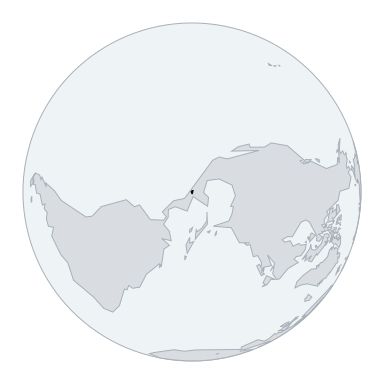 the Earth from above Baja Verapaz, rotated 107°
{"feature_id": "GTM-1942", "entity_name": "Baja Verapaz", "entity_type": "Department", "adm_level": 1, "iso_a3": "GTM", "parent_name": "Guatemala", "parent_adm1": "", "projection": "orthographic", "projection_center": [-90.369, 15.089], "detail": "fine", "context": "on_globe", "style": "filled", "palette": "ink", "viewbox_px": 384, "rotation_deg": 107, "n_neighbors": 0, "source": "natural_earth", "source_scale": "10m", "svg_char_len": 8467}
<svg xmlns="http://www.w3.org/2000/svg" viewBox="0 0 384 384"><g transform="rotate(107 192 192)"><circle cx="192" cy="192" r="169" fill="#eef3f6" stroke="#a8b0b8"/><path d="M227.3,210.9L223.3,209.3L219.6,214.5L205.7,207.0L200.3,197.2L155.6,181.5L150.6,176.3L150.0,167.9L132.7,140.1L141.3,166.0L135.0,160.8L129.5,151.5L132.1,149.3L127.9,135.9L121.9,130.6L119.9,114.3L128.5,94.6L130.7,97.8L132.5,93.2L129.9,89.2L127.7,87.7L130.3,70.3L123.3,61.2L116.0,62.8L121.5,59.4L104.3,66.0L97.3,66.2L108.4,63.4L111.9,61.3L108.6,59.9L111.6,57.5L111.7,55.6L115.4,53.1L121.6,52.2L124.2,50.7L121.7,49.9L124.0,47.2L127.2,48.5L131.4,44.2L142.6,43.1L148.1,50.8L157.4,49.9L171.4,57.5L173.2,55.3L179.6,57.5L184.2,56.1L185.5,58.4L187.9,55.3L185.9,53.5L186.3,51.7L188.8,50.8L190.9,53.4L189.9,54.2L191.8,54.6L191.8,56.4L193.2,55.0L195.4,58.6L196.9,53.9L201.8,55.8L202.3,58.6L197.4,59.8L186.5,70.8L185.4,74.9L188.9,78.9L205.6,83.0L206.5,87.3L211.2,91.9L212.9,88.6L209.9,83.9L214.3,79.5L210.0,74.7L211.1,72.5L208.7,67.5L214.2,66.9L221.0,69.1L223.3,73.4L226.4,74.7L228.4,69.8L236.8,77.6L249.4,82.9L251.0,85.4L246.6,90.9L235.9,92.3L230.1,101.4L239.2,94.4L243.0,101.5L245.9,102.5L248.7,101.7L249.3,98.7L251.8,101.2L243.8,108.5L241.4,106.4L244.0,103.9L239.0,104.9L233.6,110.8L236.0,114.4L225.4,121.0L227.0,123.9L225.5,127.3L223.7,122.1L226.7,131.8L214.6,144.0L218.5,161.7L209.0,148.4L202.1,147.3L194.0,148.1L194.5,150.9L183.1,149.3L173.7,155.7L171.6,170.0L176.6,180.8L189.1,180.8L192.3,174.6L201.1,172.9L196.1,189.6L211.7,191.1L210.9,203.5L215.7,209.5L223.2,207.4L231.1,209.8L236.2,202.2L244.7,197.6L245.4,207.4L249.6,197.9L254.7,202.2L271.2,199.7L270.1,202.1L284.1,211.6L298.2,214.1L301.4,220.5L299.9,225.2L304.5,225.5L304.6,228.3L322.0,228.2L330.0,232.6L329.1,242.3L321.2,255.4L311.0,279.5L296.0,290.0L290.2,299.2L275.1,313.3L266.2,314.0L266.7,319.3L260.2,323.4L253.9,324.5L251.1,328.5L246.3,329.2L248.3,331.2L238.4,336.8L238.6,340.2L230.7,344.2L231.0,346.0L228.9,346.2L226.1,347.1L225.1,348.2L219.5,347.0L220.4,342.6L224.3,340.0L221.5,339.8L229.8,332.9L226.0,334.5L230.9,324.1L238.3,314.6L246.9,286.0L244.3,280.4L232.5,274.5L218.6,252.6L223.0,242.7L219.7,238.4L230.6,223.8L227.3,210.9ZM46.8,156.5L47.8,152.6L48.3,155.4L46.8,156.5ZM47.6,150.0L47.4,151.4L47.4,150.2L47.6,150.0ZM47.1,149.1L47.5,149.8L46.9,149.3L47.1,149.1ZM46.3,148.2L46.8,148.5L46.7,148.6L46.3,148.2ZM218.3,167.9L236.2,175.1L226.7,177.0L228.4,175.2L223.7,172.0L215.3,169.4L206.7,171.8L218.3,167.9ZM45.5,145.8L45.4,145.0L46.0,144.9L45.5,145.8ZM224.8,157.4L221.8,157.0L224.7,156.7L224.8,157.4ZM126.2,87.6L129.5,89.4L130.8,94.2L127.7,92.8L126.2,87.6ZM124.2,79.3L126.5,79.2L124.3,83.5L123.6,82.2L124.2,79.3ZM110.1,64.7L112.2,65.4L109.2,65.6L110.1,64.7ZM111.0,55.8L109.5,56.5L110.2,55.3L111.0,55.8ZM205.8,68.3L207.2,67.9L206.9,69.0L205.8,68.3ZM203.4,66.6L202.0,68.1L200.7,67.6L201.5,66.6L203.4,66.6ZM116.6,50.4L118.2,48.6L117.6,50.3L116.6,50.4ZM205.3,64.9L198.5,66.4L196.1,65.5L197.4,61.3L205.3,64.9ZM119.8,47.4L123.6,43.4L120.5,44.3L131.4,39.8L124.6,44.4L124.4,46.2L122.4,46.1L119.8,47.4ZM184.2,53.4L186.5,55.2L182.3,54.6L184.2,53.4ZM181.4,53.4L167.9,55.0L165.7,52.2L170.7,52.0L166.1,49.4L171.6,47.2L175.4,48.2L175.7,50.3L177.6,47.9L181.4,53.4ZM136.7,38.3L138.6,37.4L137.8,38.2L136.7,38.3ZM186.1,50.9L183.6,51.3L181.5,48.8L186.2,47.6L185.4,48.8L186.1,50.9ZM162.1,50.0L161.4,48.1L165.7,45.7L166.1,44.8L171.6,46.9L162.1,50.0ZM187.1,48.9L188.7,47.1L191.9,47.5L188.5,50.4L187.1,48.9ZM179.0,48.8L178.3,47.6L180.2,47.8L179.0,48.8ZM204.2,48.7L201.2,48.9L199.9,47.6L204.2,48.7ZM189.0,46.4L187.9,46.3L187.1,45.8L188.7,44.8L189.0,46.4ZM174.2,45.3L176.2,44.8L172.2,44.2L175.3,42.7L178.4,44.5L178.4,43.1L179.3,42.7L180.8,44.7L174.2,45.3ZM187.8,42.7L192.9,44.9L198.7,44.6L200.0,45.7L190.4,46.0L187.8,42.7ZM183.6,43.6L186.5,43.2L186.7,44.6L184.8,45.8L183.6,43.6ZM176.2,41.1L170.7,43.0L170.2,42.5L176.2,41.1ZM189.5,42.2L188.2,41.7L189.9,42.1L189.5,42.2ZM180.3,41.1L178.4,41.7L177.9,41.2L180.3,41.1ZM187.3,40.3L188.9,41.0L187.7,41.7L187.3,40.3ZM184.1,40.4L183.8,39.6L186.3,41.6L183.3,40.8L184.1,40.4ZM180.1,40.5L179.2,40.4L181.0,40.3L180.1,40.5ZM191.1,37.4L194.5,39.8L191.7,41.3L188.8,38.7L191.1,37.4ZM228.1,349.6L219.6,347.6L224.7,348.5L230.0,346.5L233.8,348.1L228.1,349.6ZM242.9,344.0L247.9,342.4L248.6,342.8L245.3,344.0L242.9,344.0ZM307.9,69.1L306.7,68.0L310.3,71.4L311.4,72.5L314.9,76.1L311.2,72.9L315.2,78.6L327.4,95.7L328.3,99.3L325.7,99.3L314.0,85.7L313.5,79.2L309.3,75.1L303.2,71.6L303.6,70.2L301.1,68.2L300.3,66.0L293.1,59.2L291.3,57.0L282.6,51.3L280.6,49.6L286.3,53.3L289.4,54.9L284.3,50.5L281.7,48.8L276.4,45.7L275.7,45.2L271.2,42.8L267.4,40.8L278.3,46.7L288.7,53.4L298.6,60.9L307.9,69.1ZM266.1,40.2L268.8,41.8L262.7,39.0L256.0,36.0L254.6,35.6L265.5,40.7L269.3,42.5L271.6,43.4L282.5,49.7L285.5,52.0L276.3,47.3L279.6,50.4L271.1,46.1L246.9,33.8L239.9,30.8L240.5,30.2L246.1,31.9L247.8,32.6L249.6,33.2L266.1,40.2ZM195.3,23.1L182.9,23.5L174.9,24.0L176.4,23.8L163.0,25.6L155.0,27.1L156.3,26.9L150.8,28.4L153.2,27.9L153.4,27.9L140.2,32.8L135.8,34.3L131.6,37.2L132.2,37.3L135.2,36.2L131.4,39.8L120.5,44.3L119.6,43.9L113.5,47.4L112.2,46.3L108.3,47.3L110.5,44.8L107.2,46.3L105.2,47.6L99.2,51.0L96.1,52.9L105.5,46.9L107.2,45.8L116.8,41.9L113.7,42.7L117.1,41.0L117.6,40.5L115.1,41.6L113.2,42.6L114.9,41.7L125.7,36.6L136.8,32.3L148.2,28.8L159.8,26.1L171.6,24.3L183.4,23.3L195.3,23.1ZM360.0,173.7L359.0,185.4L356.5,181.1L348.1,163.1L346.5,152.7L342.2,142.9L328.5,100.1L330.1,99.2L324.3,87.0L326.6,89.9L334.1,100.6L340.7,111.8L346.5,123.5L351.3,135.6L355.1,148.1L358.0,160.8L360.0,173.7ZM338.5,118.9L340.1,121.9L338.5,118.9ZM271.7,199.4L273.7,201.1L271.2,201.5L271.7,199.4ZM225.7,181.1L229.4,181.1L231.4,182.5L228.7,183.2L225.7,181.1ZM255.3,178.5L259.3,178.9L255.3,180.2L255.3,178.5ZM238.9,175.9L252.1,178.6L244.4,182.3L236.0,180.8L241.6,179.4L238.9,175.9ZM223.8,163.3L226.2,163.8L225.7,165.7L223.8,163.3ZM226.9,157.2L226.1,157.5L224.8,156.1L226.9,157.2ZM243.5,101.1L244.2,100.6L247.3,100.4L246.2,101.8L243.5,101.1ZM258.7,93.2L262.3,97.4L259.0,95.1L258.2,97.5L250.3,96.2L251.4,86.6L252.3,91.0L258.7,93.2ZM240.0,92.5L244.9,94.0L239.5,92.8L240.0,92.5ZM287.8,61.3L289.6,61.5L292.8,64.1L295.0,68.3L290.3,64.4L287.8,61.3ZM291.2,61.2L281.6,56.1L279.8,53.8L282.5,55.9L282.3,54.8L286.4,58.0L294.2,61.2L297.6,63.8L299.8,69.4L297.2,65.9L295.7,65.8L291.2,61.2ZM260.0,51.8L255.8,50.8L257.4,46.7L261.2,48.2L263.6,52.2L260.6,52.8L260.0,51.8ZM208.9,57.6L207.2,58.4L206.6,57.5L207.6,56.2L208.9,57.6ZM202.9,48.9L215.8,53.9L214.5,54.8L223.7,57.2L223.8,60.8L217.9,59.0L224.8,63.9L219.5,63.8L224.6,66.9L211.4,62.7L206.9,63.2L211.8,61.1L211.9,57.7L210.5,56.4L203.3,53.2L193.7,53.0L192.1,50.1L193.6,48.0L195.7,47.6L196.1,49.5L198.6,47.6L200.7,50.2L202.9,48.9ZM212.0,32.1L211.5,33.5L217.0,32.1L219.1,33.8L219.6,33.5L223.1,34.8L228.2,36.1L228.4,37.0L230.3,37.2L232.6,38.2L235.2,38.8L236.6,40.7L240.0,41.7L238.7,42.1L244.1,43.4L240.7,43.3L243.4,45.0L245.3,44.2L246.2,55.2L249.2,60.7L253.6,65.5L247.2,65.4L239.0,61.1L230.9,55.3L228.9,50.4L226.3,51.5L224.6,49.6L227.4,49.5L222.1,48.6L221.5,47.0L214.3,43.4L207.2,43.5L204.3,42.4L206.8,41.6L202.3,41.1L205.0,39.0L203.0,38.3L203.7,35.7L209.6,35.0L207.0,34.3L207.4,32.6L212.0,32.1ZM191.5,36.7L198.0,34.9L202.4,35.2L199.3,39.6L200.7,40.6L198.9,43.9L192.6,43.7L193.7,42.7L193.3,41.7L195.4,42.2L193.4,41.1L194.9,39.8L193.7,38.7L196.1,38.3L191.5,36.7ZM318.2,80.2L317.3,79.0L321.0,83.0L321.4,83.7L318.2,80.2ZM313.8,75.3L317.0,78.7L315.5,77.3L313.8,75.3ZM285.2,52.3L283.9,51.2L285.0,51.8L287.1,53.2L285.2,52.3ZM228.8,30.2L227.8,30.5L226.7,30.2L221.8,30.0L219.9,29.1L222.0,28.7L228.8,30.2ZM225.8,29.1L224.1,29.0L224.2,28.6L225.8,29.1ZM218.2,28.4L217.8,27.8L219.1,28.9L218.2,28.4ZM223.3,26.0L224.2,26.2L216.3,25.0L206.7,23.8L215.6,24.8L220.8,25.5L221.0,25.5L223.3,26.0ZM186.0,23.4L185.3,23.7L183.0,23.7L182.9,23.7L186.0,23.4ZM187.3,23.5L191.2,23.8L189.2,24.1L186.5,23.8L187.3,23.5ZM208.9,25.4L211.6,25.7L211.5,26.0L208.9,25.4ZM137.3,37.4L138.4,37.4L136.5,38.0L137.3,37.4ZM154.8,27.6L154.8,27.8L152.5,28.3L154.8,27.6ZM153.4,28.8L155.9,28.1L153.9,28.9L153.4,28.8ZM161.6,26.6L157.3,27.8L160.4,26.7L161.6,26.6Z" fill="#d9dde1" stroke="#a8b0b8" stroke-width="1"/><path d="M191.9,192.6L191.7,192.6L191.4,192.6L191.2,192.5L191.1,192.4L190.8,192.1L190.6,191.8L190.6,191.5L191.1,191.6L191.4,191.6L191.5,191.6L191.8,191.5L192.0,191.5L192.3,191.6L192.3,191.4L192.5,191.4L192.8,191.5L193.0,191.4L193.3,191.5L193.1,191.8L192.9,191.9L192.7,192.1L192.2,192.4L192.2,192.5L191.9,192.6L191.9,192.6Z" fill="#0f172a" stroke="#020617" stroke-width="1.5"/></g></svg>